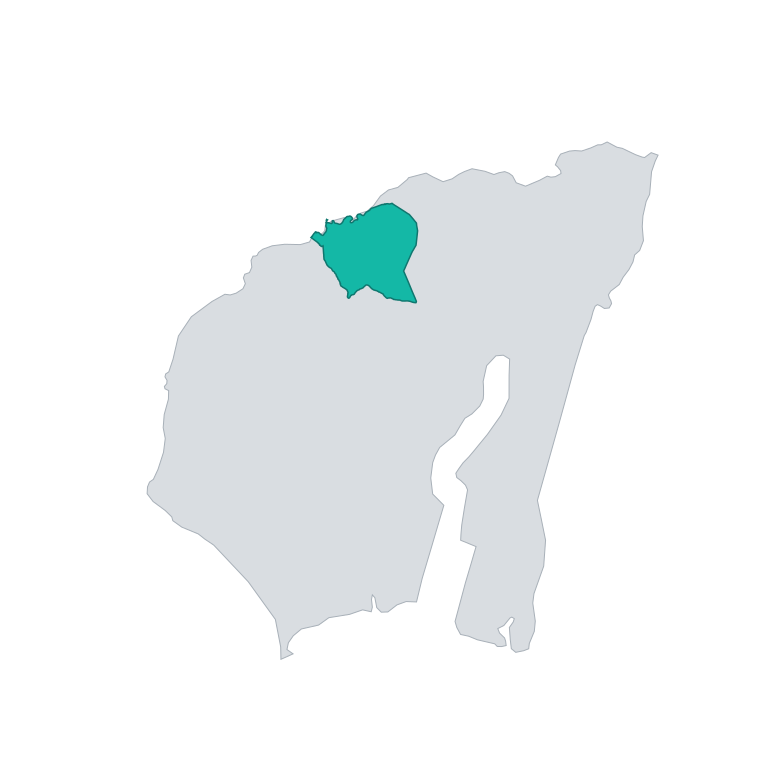 location of Kanel, Matam, Senegal, rotated 285°
{"feature_id": "50182788B72122084264725", "entity_name": "Kanel", "entity_type": "district", "adm_level": 2, "iso_a3": "SEN", "parent_name": "Senegal", "parent_adm1": "Matam", "projection": "albers", "projection_center": [-13.164, 15.01], "detail": "fine", "context": "in_parent", "style": "filled", "palette": "teal", "viewbox_px": 768, "rotation_deg": 285, "n_neighbors": 0, "source": "geoboundaries", "source_scale": "gbopen_adm2", "svg_char_len": 8823}
<svg xmlns="http://www.w3.org/2000/svg" viewBox="0 0 768 768"><g transform="rotate(285 384 384)"><path d="M589.6,354.3L598.6,370.1L596.7,377.6L594.7,388.7L599.8,396.7L605.8,401.9L610.0,406.7L614.7,413.3L615.6,426.5L614.8,436.0L617.8,440.3L620.4,445.7L619.9,450.3L618.3,454.3L612.6,459.6L611.7,469.5L621.0,481.5L627.0,487.9L627.0,491.7L628.6,495.8L633.1,500.5L635.8,499.4L638.7,495.5L640.0,492.8L648.0,493.9L651.8,495.1L657.0,502.9L658.9,508.1L660.2,514.6L665.6,522.7L670.3,528.5L671.3,532.0L675.5,536.9L673.0,547.7L673.3,553.2L670.6,567.7L670.0,574.6L670.2,577.1L676.6,582.2L676.0,589.5L669.6,588.3L658.3,587.5L635.9,591.5L628.2,590.0L613.4,590.6L602.9,592.7L589.6,597.5L579.2,596.4L573.6,592.7L566.3,592.9L558.0,591.0L549.1,587.4L541.0,585.5L532.3,578.9L528.2,577.7L525.4,579.4L523.0,581.7L520.5,583.0L515.7,581.8L514.0,577.3L515.4,572.9L515.9,569.6L513.7,567.8L508.3,567.2L499.8,567.2L485.9,565.8L482.7,564.9L451.8,563.7L419.6,563.5L392.4,563.3L358.0,562.9L333.9,562.6L311.3,562.3L293.8,571.1L274.9,580.5L249.4,585.4L220.3,583.1L210.9,584.4L201.2,588.5L194.1,591.5L184.0,593.2L171.0,591.5L165.7,592.3L162.5,587.9L158.9,580.7L161.3,575.5L169.3,572.3L181.3,568.1L187.5,570.4L191.1,570.6L191.9,567.8L190.7,566.3L181.8,562.3L177.2,557.2L173.3,560.1L169.9,566.2L167.1,568.0L163.0,569.7L160.8,565.5L159.8,561.3L161.7,558.2L161.1,540.5L162.3,531.0L161.9,522.8L167.6,517.4L173.0,514.1L193.8,514.1L213.2,514.1L231.8,514.6L250.8,515.0L252.9,498.5L258.9,497.2L267.9,495.6L284.7,493.8L303.4,492.1L307.4,488.9L310.5,483.4L312.5,478.5L316.4,476.5L321.6,478.2L328.4,480.8L335.5,484.8L343.6,488.6L349.0,491.0L362.0,496.9L384.2,505.1L402.5,508.5L424.7,502.6L440.6,498.9L442.7,491.8L440.2,484.8L428.3,478.4L412.1,479.1L407.2,480.8L399.6,482.9L395.1,483.7L387.5,482.2L377.8,476.6L371.8,471.0L363.3,468.4L353.2,465.7L337.1,454.2L328.7,452.1L320.7,451.4L305.3,453.5L290.3,459.5L282.3,473.2L267.2,472.8L235.4,472.0L206.1,471.2L181.9,471.8L179.6,461.7L174.0,453.7L164.8,446.7L162.9,440.4L166.1,434.9L175.2,430.5L177.3,427.3L172.6,427.7L165.4,430.5L160.7,430.6L160.3,421.8L152.6,410.4L144.0,391.2L134.2,383.2L126.0,367.6L117.3,361.5L109.3,358.6L102.4,359.0L99.8,366.0L91.4,355.7L103.2,352.3L128.5,340.0L157.9,304.0L184.3,261.3L187.8,251.1L191.1,243.4L193.4,225.8L197.3,215.4L200.7,213.4L205.2,205.4L210.7,191.4L216.7,183.6L223.4,182.2L228.6,182.9L232.2,185.9L243.0,187.8L260.9,188.7L274.8,186.8L284.7,182.0L297.6,179.6L313.5,179.7L321.9,177.7L322.7,173.7L324.8,172.5L328.1,174.1L331.3,173.5L334.2,170.6L337.2,170.5L340.0,173.0L353.4,173.8L377.2,173.0L399.1,180.5L419.2,196.5L429.5,207.1L430.2,212.4L433.5,217.7L439.5,223.1L445.0,224.1L450.1,220.7L454.0,221.1L456.8,225.2L462.6,226.1L469.0,223.6L473.6,224.4L474.4,226.9L475.5,228.2L478.6,228.8L482.7,231.9L488.6,240.3L493.3,252.0L497.0,267.1L501.9,275.3L507.9,276.6L511.4,279.7L512.1,283.3L513.9,285.7L516.8,287.1L521.9,286.3L527.9,291.3L534.4,302.4L535.4,307.3L534.4,310.0L534.8,312.0L539.1,313.8L543.1,317.4L546.5,322.9L553.6,327.7L564.6,331.9L572.6,338.1L577.5,346.5L587.6,353.6L589.6,354.3Z" fill="#d9dde1" stroke="#a8b0b8" stroke-width="1"/><path d="M553.1,330.4L550.9,327.1L550.7,326.6L550.5,326.4L549.5,325.7L548.5,325.3L548.0,325.1L547.7,324.8L547.3,324.3L546.7,323.9L546.0,323.0L545.0,322.2L544.5,322.0L543.2,321.4L542.2,321.1L541.6,320.7L541.4,320.4L541.3,320.1L541.3,319.4L541.6,318.2L541.9,317.4L542.0,317.3L541.9,316.7L541.4,315.5L541.3,315.2L541.1,315.0L540.7,314.7L540.0,314.4L539.5,314.4L539.0,314.4L538.5,314.6L538.2,314.7L536.7,315.9L536.3,316.0L536.0,315.9L535.7,315.8L535.6,315.7L535.6,315.2L535.2,314.3L534.9,313.8L534.3,313.1L533.4,312.5L532.6,312.2L532.0,311.8L531.5,311.1L531.3,310.5L531.3,310.0L531.5,309.7L531.9,309.5L532.6,309.4L533.2,309.5L533.8,310.0L534.4,310.6L534.7,310.7L535.5,310.8L535.9,310.8L536.0,310.7L536.1,310.4L536.5,310.0L537.1,309.1L537.4,308.4L537.4,307.8L537.4,307.5L536.7,306.4L536.3,305.1L536.0,304.8L535.1,304.2L534.0,303.6L532.9,302.8L532.2,302.5L530.1,302.3L529.4,301.9L528.4,301.6L527.3,300.7L527.0,300.3L526.7,299.6L526.7,298.8L526.8,298.3L526.9,297.1L526.9,296.7L526.7,295.8L526.8,294.8L527.0,294.4L527.7,293.8L528.3,293.4L528.5,293.1L528.6,292.8L528.7,292.6L528.5,292.2L528.0,291.8L527.4,291.9L526.3,292.2L526.0,292.2L525.7,292.1L525.4,291.7L525.3,291.2L525.4,289.6L525.4,288.7L525.1,287.7L525.3,286.9L525.7,286.8L526.2,286.5L526.6,286.3L526.8,286.5L527.4,286.5L527.7,286.9L527.9,287.0L528.0,286.5L527.8,286.3L527.5,286.3L527.4,286.0L527.6,285.9L527.3,285.8L526.5,286.2L526.2,286.2L526.0,286.3L525.9,286.5L525.7,286.6L525.2,286.3L524.9,286.2L524.9,286.3L524.4,286.5L523.9,286.7L523.6,286.6L523.1,286.7L521.8,286.9L521.4,287.0L520.7,287.5L520.4,287.7L520.0,288.2L519.9,288.3L519.4,288.5L518.9,288.4L517.6,288.6L516.6,288.6L515.8,288.4L514.7,287.9L514.3,287.6L513.9,287.4L513.4,287.3L512.6,287.1L512.2,286.9L511.9,286.7L511.7,286.5L511.7,286.0L511.8,285.7L511.9,284.6L512.1,284.1L512.4,283.5L513.2,282.2L513.3,281.9L513.4,281.5L513.3,281.1L513.2,280.5L513.1,280.3L512.7,279.8L512.6,279.5L512.7,279.4L513.1,279.3L513.3,279.1L513.3,278.6L513.0,278.3L512.0,278.0L511.5,277.6L510.6,277.2L508.4,276.4L507.3,275.9L507.3,276.0L507.7,276.2L507.7,276.3L507.5,276.2L507.2,276.0L506.9,275.8L506.6,275.6L503.3,283.9L503.1,283.9L502.9,284.1L502.7,284.3L502.5,285.3L502.1,285.6L501.9,285.6L501.7,285.7L501.5,286.0L501.4,286.1L501.5,286.4L501.2,286.9L501.2,287.1L500.9,287.3L500.7,287.8L500.7,288.3L500.8,288.7L501.6,289.3L501.4,289.4L501.2,289.6L500.7,289.7L498.6,290.4L498.3,290.6L496.9,291.0L495.8,291.4L494.6,291.8L492.7,292.6L492.3,292.6L490.4,293.3L490.0,293.4L488.8,293.9L488.6,294.3L488.2,294.5L487.9,294.9L487.6,295.4L485.7,296.9L485.5,297.1L485.3,297.2L484.8,297.7L484.2,298.1L484.0,298.5L483.8,298.7L483.6,299.1L483.2,299.6L482.5,301.1L482.0,303.2L481.9,303.3L481.6,303.6L481.1,304.1L480.6,304.6L480.3,304.8L480.1,305.1L479.7,305.9L479.6,306.5L479.4,307.0L479.2,307.2L478.8,307.5L478.2,308.0L477.5,309.3L477.2,309.5L476.7,309.7L476.3,309.8L476.1,309.9L475.9,310.5L475.7,310.7L475.2,310.9L475.1,311.1L475.0,311.3L474.8,311.4L474.5,311.8L474.2,311.9L473.8,312.3L473.5,312.3L473.1,312.8L472.8,313.4L472.1,314.0L471.8,314.2L471.7,314.3L471.5,314.6L470.4,315.4L470.1,315.4L470.0,315.6L469.6,315.7L469.5,315.9L469.4,315.8L468.7,316.1L467.8,316.9L467.6,317.2L467.4,317.3L467.2,318.4L467.1,318.5L466.9,318.9L466.7,319.4L466.7,319.5L466.5,320.4L466.3,320.9L466.3,321.1L466.2,321.6L466.0,321.9L466.0,322.2L465.3,323.6L465.3,323.9L465.2,324.0L464.8,324.3L464.2,324.7L463.7,325.2L463.2,325.4L463.0,325.6L462.6,325.7L462.2,325.6L460.9,325.9L460.4,325.9L460.2,325.9L460.0,326.0L459.5,326.0L459.3,326.1L459.2,326.0L458.4,326.3L458.2,326.6L457.8,327.1L457.7,327.5L457.9,328.0L458.1,328.1L458.3,328.3L458.6,328.5L459.5,328.7L460.5,329.0L460.9,329.1L461.2,329.3L461.3,329.6L461.6,329.7L462.0,330.3L462.3,331.1L462.5,331.4L463.2,332.1L464.1,332.3L464.3,332.4L464.6,332.5L465.0,332.6L465.8,333.1L466.6,333.5L466.9,333.6L467.1,333.8L467.5,334.1L467.7,334.4L468.0,334.7L468.2,335.0L468.5,335.4L468.5,335.5L469.7,336.3L469.8,336.7L470.2,337.3L470.7,338.0L471.2,338.4L471.4,338.8L471.7,339.0L472.4,339.3L473.6,340.1L474.1,340.4L475.0,341.1L475.2,341.8L475.3,342.8L475.2,343.2L475.1,343.4L475.0,343.9L474.8,344.3L474.7,344.8L474.2,345.3L473.5,346.4L473.0,347.4L472.7,347.9L472.6,348.5L472.2,349.6L472.2,350.8L472.1,351.3L472.2,351.5L472.2,352.7L472.2,353.0L472.0,353.5L471.8,354.6L471.6,354.9L471.5,355.2L471.6,355.7L471.6,356.0L471.5,356.3L471.3,357.2L471.1,357.7L470.9,358.9L470.7,359.5L470.7,359.8L470.6,360.0L470.3,360.1L469.9,360.5L469.7,360.9L469.2,361.4L468.8,362.2L468.2,363.2L468.0,363.6L467.7,364.4L467.6,364.9L467.7,365.2L468.1,365.8L468.4,366.4L468.4,366.8L468.7,367.3L468.8,367.6L468.9,368.3L468.7,369.0L468.7,369.6L468.6,369.8L468.6,370.1L468.5,370.4L468.5,370.7L468.2,371.2L468.2,371.7L468.3,372.1L468.4,372.6L468.4,373.6L468.6,374.4L468.7,375.7L469.1,377.2L469.1,377.8L468.9,379.7L469.0,380.6L469.5,382.4L469.6,382.9L469.9,383.6L470.1,384.4L470.3,385.1L470.4,385.6L470.6,387.4L470.6,387.6L470.5,389.2L470.4,390.1L470.4,390.9L470.5,391.6L470.4,392.0L470.5,392.3L470.7,392.9L470.7,393.6L470.9,393.9L472.2,393.9L473.6,392.8L475.0,391.8L476.5,390.6L480.8,387.2L488.0,381.7L498.2,373.7L501.1,374.2L504.0,374.6L517.9,376.8L519.8,377.2L521.4,377.7L523.8,378.3L526.2,379.0L528.5,378.7L540.7,376.8L545.4,374.6L547.8,373.7L551.1,369.2L554.2,364.7L554.4,364.3L554.7,363.0L556.0,359.1L557.8,353.4L558.7,350.6L559.5,347.9L560.4,345.4L560.6,345.1L560.5,344.8L560.1,344.4L560.1,344.2L559.7,343.6L559.5,343.1L559.3,342.9L559.2,342.5L559.2,342.2L559.1,341.8L559.1,341.6L559.2,341.2L559.0,340.6L558.7,339.7L558.6,339.4L558.0,339.1L558.0,338.9L558.2,338.6L558.1,338.4L557.9,338.4L557.7,338.3L557.7,338.0L557.8,338.0L557.8,337.9L557.9,337.7L557.3,337.3L557.2,337.1L557.2,336.7L557.0,336.4L556.9,335.7L553.1,330.4Z" fill="#14b8a6" stroke="#0f766e" stroke-width="1.5"/></g></svg>